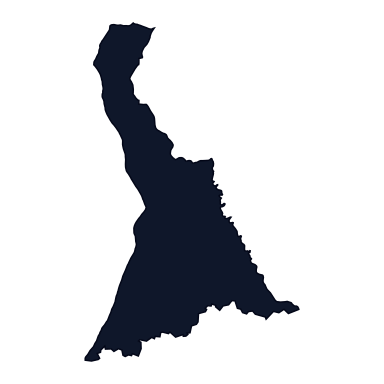 outline of VI-7 Upper Corentyne, East Berbice-Corentyne, Guyana
{"feature_id": "73187651B49855956252830", "entity_name": "VI-7 Upper Corentyne", "entity_type": "district", "adm_level": 2, "iso_a3": "GUY", "parent_name": "Guyana", "parent_adm1": "East Berbice-Corentyne", "projection": "albers", "projection_center": [-57.779, 3.06], "detail": "fine", "context": "isolated", "style": "filled", "palette": "ink", "viewbox_px": 384, "rotation_deg": 0, "n_neighbors": 0, "source": "geoboundaries", "source_scale": "gbopen_adm2", "svg_char_len": 6008}
<svg xmlns="http://www.w3.org/2000/svg" viewBox="0 0 384 384"><path d="M93.8,64.8L95.2,66.3L97.3,69.1L99.6,72.9L100.5,74.8L101.5,78.3L101.6,79.2L102.3,81.5L102.5,84.8L102.8,85.7L103.2,88.0L103.2,89.2L102.8,91.1L102.8,93.2L102.3,93.9L102.2,96.3L102.4,97.4L103.4,99.5L104.0,101.3L104.2,103.8L105.2,107.8L105.2,109.0L105.4,110.1L106.2,112.3L107.1,114.4L110.3,120.1L111.9,122.6L112.4,123.3L113.8,124.8L115.9,127.5L119.2,132.4L119.5,133.3L120.6,135.3L121.0,136.3L122.4,139.3L122.7,140.7L122.6,144.4L123.0,146.7L123.5,148.9L125.2,153.8L125.4,155.2L125.4,156.7L125.7,159.5L125.5,164.0L125.6,167.2L126.4,170.8L127.4,172.5L128.3,173.6L130.6,177.4L131.5,179.3L132.2,180.3L135.9,186.4L137.9,189.1L141.2,194.8L142.0,196.5L142.9,199.3L143.5,200.4L144.7,203.9L146.1,206.9L146.1,208.0L145.4,209.9L143.9,212.0L141.8,214.4L140.3,216.7L138.8,218.4L136.3,222.0L135.2,224.0L134.4,226.0L133.9,228.1L134.0,232.5L134.2,233.6L135.1,235.5L135.4,236.3L135.8,241.4L136.3,243.5L136.4,244.8L136.1,246.1L135.8,247.4L135.3,248.5L134.9,250.5L134.6,251.7L134.0,253.1L131.0,258.0L129.1,262.0L128.3,263.9L127.5,265.2L125.5,270.3L122.9,276.1L121.8,280.0L119.6,285.5L118.7,288.4L118.1,290.9L117.7,291.9L117.2,294.1L116.3,296.1L115.8,298.3L115.1,302.0L113.3,306.4L111.8,309.2L110.9,312.4L109.5,315.5L107.5,320.7L106.7,321.5L104.6,324.9L102.5,327.4L101.9,328.3L101.2,330.5L100.1,332.3L99.5,334.1L98.3,336.0L96.6,340.9L95.0,343.4L93.5,346.7L90.1,350.6L88.0,354.2L87.4,355.0L86.0,356.6L85.5,357.4L85.2,358.3L85.2,360.2L91.5,361.0L98.2,359.5L99.6,358.3L97.2,353.5L100.5,352.3L100.8,350.0L104.8,346.1L105.4,349.1L111.2,348.9L113.9,351.4L118.5,348.7L121.9,350.0L123.0,355.3L125.2,356.5L128.5,354.9L131.5,355.6L132.4,353.7L138.3,356.0L141.1,348.7L140.9,342.3L138.5,341.0L139.8,339.7L146.5,341.1L151.7,337.4L154.4,338.7L155.2,336.4L159.9,336.8L160.7,332.5L162.6,332.1L168.5,333.6L169.9,332.0L175.6,337.1L182.9,334.6L183.3,336.3L185.9,336.1L187.9,334.4L187.1,333.1L190.0,332.8L191.5,325.9L196.4,324.3L198.0,321.9L198.5,313.6L205.4,311.7L206.6,309.5L205.2,308.2L207.7,305.7L211.1,306.0L211.8,304.0L215.8,305.4L215.6,306.8L219.7,310.3L223.1,305.9L228.6,304.8L231.8,300.7L235.0,300.8L237.4,308.3L240.8,309.2L242.6,312.6L246.6,313.9L248.4,311.6L252.6,311.0L255.3,314.2L265.3,317.0L266.1,319.2L273.5,311.4L278.9,312.7L284.0,309.3L288.4,313.5L298.8,309.4L298.5,308.3L297.6,306.7L296.4,306.1L294.7,306.1L293.9,305.6L292.2,304.1L291.4,302.9L290.9,302.6L288.3,301.8L287.6,301.5L286.7,301.5L284.9,301.8L280.5,302.1L276.9,301.7L276.0,301.1L275.0,300.1L270.4,292.9L267.4,289.8L266.6,288.7L264.9,284.7L263.8,283.5L263.1,282.1L263.0,280.3L263.4,277.4L263.0,275.6L262.5,275.1L259.5,274.4L258.2,273.8L257.4,273.4L256.6,272.5L256.3,272.0L256.2,270.7L256.3,269.2L256.8,267.0L256.6,266.2L256.1,265.6L254.9,264.6L251.9,263.4L251.0,262.6L250.5,260.9L250.5,260.3L250.7,259.6L251.4,259.0L251.4,258.5L250.6,258.1L250.1,257.5L249.9,255.9L248.6,254.0L248.5,253.0L249.9,252.4L250.2,250.8L249.8,250.7L249.4,251.5L249.0,251.5L248.0,251.1L247.3,250.9L246.8,251.2L245.6,251.0L244.6,250.6L244.5,248.0L244.6,246.2L244.5,245.3L243.6,244.2L242.7,243.8L241.5,242.6L241.1,241.9L241.0,240.2L240.6,239.4L240.5,238.8L241.3,236.2L240.9,235.8L240.6,235.8L239.9,236.1L239.3,236.6L238.3,236.5L237.8,235.8L237.3,234.1L237.0,231.3L235.4,228.8L233.2,226.1L232.7,225.2L232.7,224.3L233.1,223.4L233.2,222.7L232.5,222.5L231.3,222.8L230.2,222.9L229.6,222.5L229.1,221.7L229.0,220.4L229.8,218.8L231.0,217.2L230.3,217.1L228.2,218.1L226.6,218.6L226.0,218.6L224.9,218.4L224.7,217.5L225.3,216.8L225.0,216.4L223.3,216.3L222.6,215.8L222.2,215.0L222.6,213.4L222.2,212.2L220.8,209.9L220.3,208.6L220.3,207.6L220.4,207.3L221.1,206.9L222.6,206.6L224.1,205.7L224.5,205.1L225.0,204.0L224.6,203.6L224.0,203.5L222.4,204.8L221.8,205.0L221.0,204.8L220.4,204.1L220.3,203.5L220.4,202.0L220.1,200.2L220.5,199.2L221.3,198.1L219.7,196.9L219.1,195.9L219.4,195.4L220.3,195.0L222.1,195.1L222.5,194.5L221.8,193.2L221.6,191.1L221.2,190.6L219.6,190.0L218.6,190.0L216.5,188.7L216.1,188.0L216.1,187.2L216.5,186.4L217.6,185.3L217.6,184.7L217.0,184.8L215.9,185.7L215.2,186.0L214.2,185.7L213.0,184.7L212.8,183.5L212.9,183.0L214.1,181.6L213.7,181.3L213.0,181.2L212.2,180.7L212.1,179.4L212.4,177.9L213.2,174.7L213.4,173.5L213.2,172.4L213.6,171.4L213.5,171.1L212.8,170.6L212.3,168.6L212.3,167.5L213.2,166.2L213.4,165.2L213.5,163.6L213.1,161.5L212.4,160.5L211.9,158.9L211.6,158.6L210.8,158.8L209.8,159.9L208.3,160.4L202.4,160.7L200.6,160.7L199.3,161.1L197.0,162.4L195.6,162.5L193.7,163.1L192.8,163.1L192.2,162.7L191.4,161.3L190.6,160.8L189.7,160.6L188.8,160.6L186.4,161.1L185.7,161.0L185.1,160.0L183.4,158.4L181.9,157.7L179.8,157.7L178.6,158.0L177.3,158.9L175.6,159.6L175.1,159.5L174.2,158.9L173.7,158.3L173.2,158.1L171.2,155.9L170.5,154.6L170.3,153.4L170.7,150.4L171.4,149.0L172.6,147.2L173.0,145.9L173.1,144.9L172.0,142.7L170.1,140.4L169.0,139.5L167.6,138.0L166.6,135.4L166.1,134.6L164.7,133.7L162.9,133.2L162.4,132.9L162.2,132.9L158.9,130.8L158.1,130.5L156.9,129.6L155.8,128.2L155.4,127.0L154.9,125.0L154.5,119.4L154.4,118.3L153.9,116.4L153.1,115.0L150.4,110.9L148.2,106.8L147.3,105.5L146.4,104.5L144.9,104.4L144.1,104.6L138.8,104.1L138.9,100.4L138.2,100.2L137.5,99.8L135.7,97.9L134.7,96.3L133.5,94.8L133.0,93.5L133.2,92.8L133.2,91.8L133.3,89.6L132.8,85.0L131.3,81.7L130.4,80.4L129.8,79.1L129.8,78.0L130.8,75.9L135.0,68.8L137.7,65.1L138.7,64.6L138.7,63.4L138.9,63.3L138.9,58.5L142.3,57.7L142.5,57.0L142.1,55.7L141.7,53.4L142.2,51.0L144.0,47.4L146.8,44.3L148.4,41.5L150.0,37.5L150.1,36.1L151.1,33.1L152.0,31.4L154.2,28.1L153.1,28.4L152.2,28.9L151.2,29.2L148.9,28.8L146.3,27.7L142.2,26.2L140.2,25.4L138.2,24.8L137.1,24.3L136.1,24.3L134.9,24.0L133.9,23.6L133.2,23.0L131.3,24.7L130.5,25.3L129.5,25.7L128.3,25.9L126.1,25.7L123.5,25.8L120.5,25.0L118.0,25.3L116.9,25.2L113.9,24.6L112.0,24.8L111.1,25.0L110.0,25.9L109.6,29.2L109.4,30.1L102.9,40.0L102.1,40.9L101.0,43.1L100.2,44.3L99.8,45.4L99.8,46.4L100.0,47.7L99.1,50.1L98.7,53.3L97.6,55.1L96.9,56.4L95.7,59.2L94.4,61.2L94.0,62.1L93.8,64.8Z" fill="#0f172a" stroke="#020617" stroke-width="1.5"/></svg>